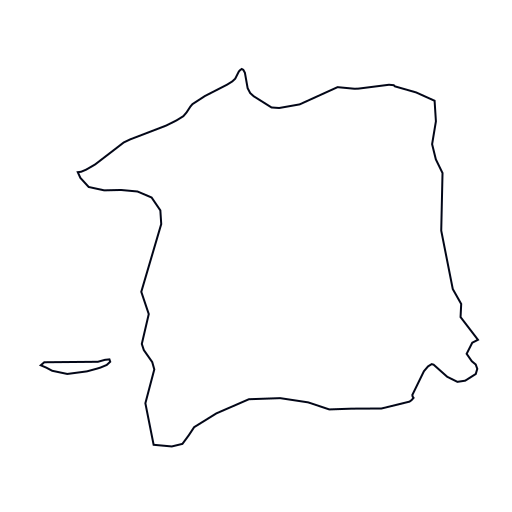 outline of Artemisa, rotated 88°
{"feature_id": "CUB-1429", "entity_name": "Artemisa", "entity_type": "Province", "adm_level": 1, "iso_a3": "CUB", "parent_name": "Cuba", "parent_adm1": "", "projection": "equal_earth", "projection_center": [-82.681, 22.816], "detail": "fine", "context": "isolated", "style": "outline", "palette": "ink", "viewbox_px": 512, "rotation_deg": 88, "n_neighbors": 0, "source": "natural_earth", "source_scale": "10m", "svg_char_len": 1370}
<svg xmlns="http://www.w3.org/2000/svg" viewBox="0 0 512 512"><g transform="rotate(88 256 256)"><path d="M90.1,112.4L91.3,111.3L98.1,90.3L107.1,72.1L127.7,71.5L150.4,76.1L165.7,72.9L179.6,66.7L237.1,70.0L295.9,60.5L311.1,52.6L324.2,53.7L347.5,37.1L350.2,42.9L361.1,48.9L368.7,44.0L372.1,40.2L376.5,38.8L381.6,40.5L387.9,51.3L388.8,59.1L383.4,69.1L370.8,82.3L370.2,84.2L372.3,87.9L377.0,92.2L400.3,104.6L401.9,104.4L403.3,103.5L405.5,105.6L406.9,107.7L412.8,136.0L411.9,165.5L411.9,188.1L404.1,209.0L398.9,236.8L398.9,268.1L411.9,301.1L424.9,323.8L432.9,329.5L441.2,336.1L443.4,346.8L441.1,364.9L399.3,371.7L365.8,361.6L358.4,363.4L346.1,371.4L339.9,373.2L310.3,365.2L287.8,371.9L220.8,349.6L207.1,350.0L193.9,358.3L187.4,372.2L185.3,388.7L185.1,405.4L181.2,420.8L171.8,428.8L166.0,431.2L165.7,427.8L163.8,422.8L158.9,413.6L137.9,384.2L135.0,377.5L122.5,341.2L117.7,330.7L113.7,323.7L110.1,320.4L104.3,316.3L102.0,314.2L94.3,301.4L83.8,279.0L80.7,273.6L78.1,270.6L71.0,266.7L69.7,265.4L68.6,263.8L69.5,262.2L72.5,260.7L88.0,258.5L93.0,256.1L96.3,252.7L108.1,235.3L108.9,227.7L106.0,207.1L90.1,168.6L92.3,151.7L92.3,147.8L89.5,117.1L90.1,112.4ZM363.0,418.8L365.4,429.0L367.3,448.7L363.6,463.7L360.3,469.4L357.7,474.9L354.8,471.3L356.2,417.7L354.5,410.6L354.2,406.1L356.6,405.4L359.7,409.0L362.1,415.4L363.0,418.8Z" fill="none" stroke="#020617" stroke-width="2"/></g></svg>